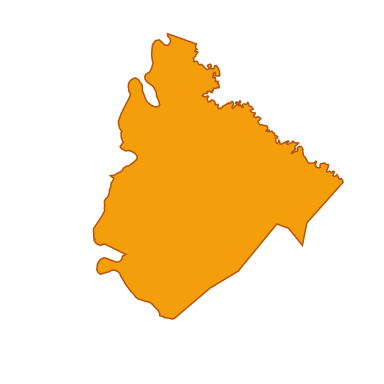 the district of San Jorge Nuchita, Oaxaca, Mexico, rotated 37°
{"feature_id": "50627088B4984202667575", "entity_name": "San Jorge Nuchita", "entity_type": "district", "adm_level": 2, "iso_a3": "MEX", "parent_name": "Mexico", "parent_adm1": "Oaxaca", "projection": "orthographic", "projection_center": [-98.098, 17.686], "detail": "fine", "context": "isolated", "style": "filled", "palette": "amber", "viewbox_px": 384, "rotation_deg": 37, "n_neighbors": 0, "source": "geoboundaries", "source_scale": "gbopen_adm2", "svg_char_len": 5836}
<svg xmlns="http://www.w3.org/2000/svg" viewBox="0 0 384 384"><g transform="rotate(37 192 192)"><path d="M261.7,96.1L259.7,96.0L258.9,95.6L256.1,93.0L254.9,91.2L252.6,90.1L251.5,90.1L250.7,90.6L250.0,91.6L249.7,93.3L250.1,94.1L251.7,95.3L251.7,95.8L251.4,96.2L250.8,96.5L250.2,97.1L249.5,99.4L248.6,101.0L248.0,101.0L247.9,99.4L248.9,95.3L247.7,94.8L246.9,94.1L246.7,93.1L247.7,89.7L247.7,88.8L247.2,88.8L245.7,90.1L243.2,91.3L242.7,90.6L242.2,90.4L241.9,91.0L241.8,92.7L241.1,94.3L239.8,96.2L238.9,96.6L238.2,96.5L238.2,95.8L239.0,93.4L238.6,93.2L238.0,93.4L237.0,95.0L234.5,100.0L233.8,100.6L233.3,100.5L232.0,99.5L231.7,98.9L230.3,98.4L231.0,100.3L231.1,101.1L230.9,101.7L230.0,102.1L229.3,101.9L226.7,99.1L226.5,98.8L227.6,97.7L227.7,97.1L227.6,96.7L227.3,96.4L225.7,96.2L224.9,97.0L224.5,97.3L224.0,97.3L223.5,96.1L223.1,95.7L221.9,95.6L220.7,96.0L219.2,95.2L218.2,96.7L217.3,97.4L216.5,96.1L216.1,96.2L215.9,97.5L215.5,98.3L214.6,98.7L214.3,97.9L214.5,96.7L214.1,95.4L213.3,94.7L212.6,94.3L211.9,94.3L207.2,96.5L206.2,97.2L204.7,97.3L203.9,97.1L202.2,95.9L202.8,93.4L202.8,92.0L200.9,91.9L199.1,92.2L198.5,93.5L198.1,94.1L195.8,94.6L195.0,94.0L195.5,92.9L195.4,91.6L195.0,90.9L194.7,90.9L193.7,91.7L192.4,92.2L191.2,92.4L190.1,92.3L189.4,91.8L189.3,91.4L189.4,91.2L190.4,90.4L191.0,89.7L191.1,89.3L190.8,88.9L189.8,88.4L187.8,88.1L185.8,88.7L185.3,88.6L183.0,86.8L182.7,86.8L182.5,87.1L182.9,88.9L182.8,89.1L180.1,90.7L179.9,91.1L180.0,92.5L181.5,93.3L181.9,93.6L181.9,93.9L181.1,94.2L180.1,94.2L177.6,93.1L177.8,94.0L177.5,94.8L176.5,95.0L176.7,94.0L176.7,91.4L176.6,91.0L175.4,90.2L175.3,90.4L175.6,92.2L175.5,92.7L174.5,92.7L173.1,93.6L172.9,94.0L173.3,94.6L173.8,94.7L174.8,94.4L175.1,94.8L175.1,95.7L174.6,97.0L174.5,100.4L174.4,100.7L173.6,100.7L173.1,100.3L172.8,99.2L172.5,98.7L172.6,97.3L172.0,96.3L170.6,95.7L169.7,95.4L169.4,95.6L169.0,97.0L169.5,98.0L169.3,98.3L168.7,98.7L167.2,98.9L167.5,99.8L166.8,100.7L166.2,102.6L165.2,104.2L165.0,104.9L165.3,106.3L165.0,106.9L164.4,107.3L164.4,108.1L163.9,109.0L163.2,109.2L161.7,109.0L161.4,108.6L160.8,106.9L159.8,106.3L159.1,107.3L158.6,108.3L158.2,108.4L157.2,107.9L157.0,106.9L156.5,106.4L154.9,106.0L153.2,106.0L152.2,106.8L151.9,107.6L152.2,108.0L152.2,108.7L151.4,109.2L151.3,110.1L150.7,110.3L148.2,108.8L148.0,108.3L147.9,106.5L147.5,105.7L146.7,105.8L146.3,106.2L146.1,107.1L145.7,107.8L145.2,108.3L144.5,108.3L143.2,108.9L142.2,108.9L142.0,108.3L143.1,105.6L143.8,104.9L144.4,104.7L144.8,104.2L144.6,103.8L143.9,103.1L143.8,102.4L145.1,101.8L145.3,101.4L145.2,100.9L145.5,100.6L147.4,101.0L148.5,100.2L148.5,99.9L147.4,99.3L147.2,98.9L147.8,98.2L146.5,96.1L147.9,95.6L148.9,94.9L149.0,94.6L148.7,93.7L148.8,93.4L149.1,93.1L150.7,92.9L150.9,92.1L150.7,91.7L148.6,89.9L146.8,90.0L146.8,88.2L146.4,87.9L144.6,89.2L143.8,89.5L143.7,88.4L141.5,86.5L140.8,86.7L140.1,88.2L139.5,88.1L139.3,87.5L139.6,86.8L138.1,85.2L137.7,84.3L137.7,83.2L138.1,82.8L138.9,83.0L139.3,83.4L140.0,84.9L140.7,84.8L142.4,84.2L143.8,83.1L144.0,82.2L143.5,81.3L140.8,78.8L139.0,77.5L136.0,76.6L135.0,76.5L134.2,77.7L135.2,79.9L134.2,81.3L132.6,82.3L131.7,79.9L131.1,79.1L130.0,78.9L129.2,79.3L128.7,80.6L128.1,81.6L128.7,82.2L131.3,82.7L131.2,83.6L130.7,84.8L129.5,85.5L122.8,84.2L121.7,85.7L120.8,86.1L118.0,84.8L116.7,84.9L115.4,86.8L115.0,86.9L114.7,86.8L114.5,86.1L113.8,85.6L113.8,85.0L112.4,84.1L113.2,81.7L112.7,80.6L112.6,76.9L112.0,76.5L110.0,78.2L109.2,78.0L109.4,76.9L110.2,75.1L109.7,74.8L107.8,74.7L106.7,72.4L106.6,71.1L77.2,80.3L78.7,82.0L82.9,83.0L84.7,85.6L84.4,89.3L81.9,91.1L77.6,90.4L74.3,90.2L71.7,93.2L71.8,97.7L72.6,99.6L76.9,106.3L80.4,110.1L83.3,112.5L85.2,117.4L86.0,121.4L84.3,125.9L84.7,127.9L86.4,130.0L89.9,131.2L97.6,131.1L102.7,133.4L106.3,136.9L110.6,139.3L113.6,141.7L113.6,143.9L111.6,146.1L107.8,147.2L101.8,147.0L98.2,145.2L90.8,140.4L87.8,136.6L81.3,134.6L78.3,134.8L76.9,136.6L75.8,139.6L75.7,142.1L76.9,145.2L78.5,147.0L81.5,149.9L83.7,150.4L85.2,154.3L87.2,166.6L88.5,172.7L90.7,179.8L92.2,181.7L94.0,183.0L95.5,184.5L99.6,186.0L99.6,187.4L102.8,191.1L107.1,193.7L107.3,195.1L107.2,199.0L109.3,199.8L114.1,199.2L115.0,198.6L115.5,197.7L116.5,196.9L119.5,195.9L122.9,195.5L125.7,196.1L126.9,196.7L127.7,197.7L128.1,199.2L127.4,203.9L126.5,206.4L125.9,208.9L124.1,210.9L123.1,213.3L123.0,215.2L123.3,217.5L119.3,226.0L116.9,228.1L117.7,228.3L119.5,228.0L121.5,228.1L122.4,234.4L124.1,236.6L124.8,240.1L125.2,240.4L126.5,242.7L127.5,245.8L127.6,246.9L127.1,250.0L127.6,252.0L128.7,253.5L130.0,254.7L131.6,257.5L133.6,259.8L134.4,264.6L135.5,280.8L141.8,288.3L142.9,288.1L142.8,289.4L145.9,290.6L148.1,290.7L151.1,289.6L152.7,286.8L153.6,286.1L176.8,281.7L175.0,285.1L176.3,287.3L176.3,289.1L175.9,291.0L175.1,292.3L173.9,293.3L172.2,294.0L162.2,296.9L160.7,298.3L159.5,301.0L159.4,304.1L159.8,306.3L162.4,310.9L164.5,312.5L167.2,312.9L168.4,312.7L171.5,308.5L174.0,305.3L174.5,303.7L176.0,301.7L177.8,300.9L180.4,300.2L183.3,300.5L186.1,302.3L189.2,303.4L193.5,305.3L200.2,307.4L203.8,308.3L206.6,308.6L210.8,309.9L213.4,309.8L220.9,307.2L224.0,305.6L226.8,305.5L236.1,306.9L238.6,308.0L240.9,310.3L243.1,309.0L244.9,309.2L249.6,306.5L252.4,305.6L254.0,303.6L264.2,258.0L276.5,227.5L279.0,166.4L283.9,165.1L290.8,162.8L312.3,168.2L302.3,147.5L306.8,93.3L305.0,92.0L303.5,91.5L303.0,91.6L302.2,93.0L301.5,93.0L299.8,92.1L297.6,90.8L297.4,90.8L297.3,91.5L297.3,92.3L297.0,93.0L296.0,93.9L295.3,94.2L294.7,94.0L294.3,93.2L293.9,90.8L292.8,90.0L292.3,90.2L292.0,92.2L291.5,92.5L289.6,92.5L289.2,92.6L288.3,94.2L287.3,94.7L286.7,94.3L286.3,91.9L285.2,88.6L284.4,88.1L282.8,89.2L280.8,89.0L279.9,89.5L277.7,92.2L277.9,93.1L279.4,95.1L279.3,95.9L276.5,97.6L276.0,97.6L275.5,96.6L274.0,96.0L273.7,95.5L273.5,93.2L273.0,92.7L272.2,92.9L272.3,94.5L271.2,96.2L268.8,98.1L267.1,98.7L263.5,97.1L261.7,96.1Z" fill="#f59e0b" stroke="#b45309" stroke-width="1.5"/></g></svg>